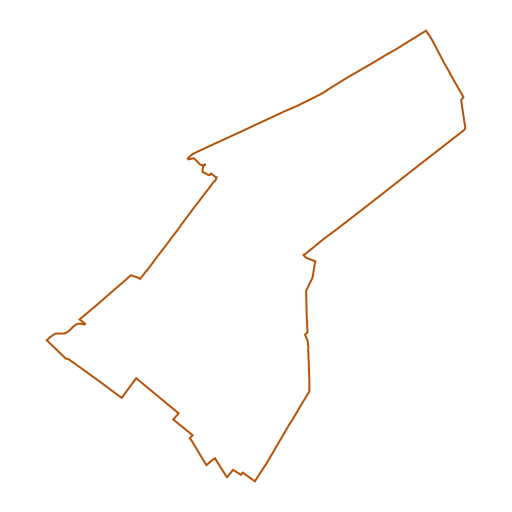 Jilavele, Ialomita, Romania (Mercator projection)
{"feature_id": "2599482B17913194075437", "entity_name": "Jilavele", "entity_type": "district", "adm_level": 2, "iso_a3": "ROU", "parent_name": "Romania", "parent_adm1": "Ialomita", "projection": "mercator", "projection_center": [26.543, 44.802], "detail": "fine", "context": "isolated", "style": "outline", "palette": "amber", "viewbox_px": 512, "rotation_deg": 0, "n_neighbors": 0, "source": "geoboundaries", "source_scale": "gbopen_adm2", "svg_char_len": 3699}
<svg xmlns="http://www.w3.org/2000/svg" viewBox="0 0 512 512"><path d="M121.8,397.9L124.0,394.8L130.8,385.5L136.2,378.2L166.7,403.5L178.6,413.3L173.3,419.5L180.5,425.4L192.6,435.2L190.8,437.1L189.7,438.3L190.2,438.8L191.4,440.2L198.1,451.5L206.4,465.1L206.5,465.2L209.2,462.7L212.1,460.3L214.9,458.2L226.7,477.0L227.0,477.2L233.1,469.9L240.9,474.8L242.7,472.6L248.8,477.0L254.9,481.3L256.6,478.6L256.9,478.1L257.2,477.7L264.4,466.5L266.1,464.2L271.3,455.3L290.5,422.4L291.3,421.6L295.4,414.8L299.5,407.7L307.2,394.9L308.7,392.4L309.4,391.1L309.3,388.7L309.4,380.8L309.4,379.7L309.2,378.2L309.2,375.2L309.0,371.3L308.9,366.9L308.8,362.7L308.6,358.9L308.2,350.1L308.4,347.2L307.9,343.7L307.8,341.3L306.3,337.6L305.0,334.8L307.4,332.4L307.4,328.9L306.7,316.4L306.1,290.9L306.9,289.1L307.9,287.3L308.8,285.3L310.7,281.3L312.1,278.5L312.6,277.2L313.1,274.4L313.6,271.3L314.3,266.7L315.3,261.3L307.5,258.3L306.2,257.7L304.5,256.2L303.9,255.5L303.6,255.1L303.7,254.7L303.8,254.6L305.2,254.1L324.5,238.3L336.6,229.4L363.3,208.7L375.9,198.9L406.4,175.0L460.3,133.0L462.1,131.6L464.1,130.0L464.5,129.6L464.8,129.1L465.2,128.2L465.2,127.8L465.2,127.4L465.1,126.5L464.7,123.9L463.9,118.8L463.3,114.5L461.8,104.8L461.7,103.7L461.5,102.6L461.3,100.9L461.3,100.0L461.4,99.6L461.8,99.1L463.0,97.9L463.4,97.1L463.4,96.9L459.0,89.3L452.3,77.7L448.4,70.4L444.2,63.1L440.7,56.4L434.6,44.8L433.2,42.1L431.8,39.5L429.4,35.7L428.3,34.1L428.2,33.9L427.6,33.0L426.2,30.9L426.1,30.7L415.6,37.1L410.9,40.0L410.1,40.5L403.5,44.6L397.0,48.7L390.7,52.3L388.0,53.7L379.2,59.0L366.6,66.5L366.4,66.5L355.3,73.0L352.7,74.5L351.8,75.0L350.1,75.9L346.6,78.0L327.7,89.7L325.3,91.4L323.9,92.3L323.3,92.7L320.3,94.4L317.1,96.0L313.8,97.7L311.9,98.6L311.2,99.0L308.5,100.3L303.2,102.9L296.1,106.4L288.6,109.6L284.3,111.4L278.6,114.1L252.6,126.2L246.7,129.0L241.8,131.3L233.9,134.9L224.6,139.1L218.9,141.8L215.5,143.3L209.5,146.1L206.4,147.5L199.0,151.0L197.5,151.7L194.9,153.0L192.2,154.3L192.0,154.6L189.4,156.9L188.3,157.9L187.9,158.6L188.3,159.4L189.0,159.3L191.5,158.7L193.3,158.3L193.7,158.2L194.0,158.5L195.9,160.2L197.4,161.6L198.5,162.8L199.2,163.8L200.0,164.5L201.2,165.0L201.9,165.3L202.1,165.2L202.5,165.2L202.9,165.1L203.8,164.9L204.3,164.6L205.0,164.5L205.1,164.8L204.4,165.4L203.4,166.1L203.1,166.9L203.0,167.3L202.7,169.3L202.5,170.6L202.3,171.3L202.5,171.9L202.9,172.2L204.9,173.0L206.4,173.9L207.4,174.5L208.5,174.9L209.7,175.0L210.2,174.7L210.5,174.1L210.8,173.7L211.3,173.6L215.1,176.7L215.8,177.2L216.7,177.3L215.9,179.3L215.2,180.8L214.7,181.0L214.4,181.2L214.3,181.3L213.9,181.8L213.6,182.0L211.9,184.3L209.2,187.9L205.1,193.2L198.4,202.0L195.5,205.7L193.4,208.4L191.8,210.5L191.5,211.2L189.8,213.3L188.4,215.2L188.3,215.3L186.9,217.2L186.8,217.3L183.8,221.3L182.4,223.2L181.2,224.7L180.6,225.8L180.4,226.2L179.2,227.8L175.9,232.2L172.4,236.8L171.2,238.2L169.1,241.2L166.5,244.6L162.4,250.0L157.8,255.9L154.6,260.2L153.4,261.9L151.9,263.9L149.7,266.9L147.2,270.1L146.5,271.0L146.1,271.1L143.1,275.1L141.3,277.3L140.1,278.9L139.7,278.6L138.3,277.9L136.7,277.1L135.8,276.9L134.8,276.6L133.6,276.2L132.5,275.8L131.4,275.5L131.1,275.4L130.8,275.3L130.5,275.3L130.4,275.4L129.4,276.5L125.0,280.5L114.9,289.2L101.9,300.5L99.8,302.3L99.5,302.6L99.1,303.0L96.0,305.6L79.6,319.4L85.1,323.9L84.9,324.2L84.5,324.4L84.1,324.4L82.8,324.1L79.6,323.7L78.2,323.8L76.8,324.2L76.2,324.5L74.8,325.4L72.9,327.0L71.0,329.0L69.2,330.8L66.3,332.7L65.6,333.1L64.4,333.4L62.9,333.6L58.8,333.5L57.2,333.5L55.3,333.7L54.4,334.1L52.8,335.2L50.0,337.3L46.8,340.3L65.8,358.6L68.4,359.1L85.8,371.5L96.8,379.5L104.7,385.3L113.7,392.0L115.0,393.0L116.4,394.0L120.5,397.0L121.5,397.7L121.8,397.9Z" fill="none" stroke="#b45309" stroke-width="2"/></svg>